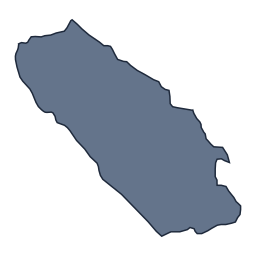 map outline of West Bosnia (orthographic projection)
{"feature_id": "BIH-2224", "entity_name": "West Bosnia", "entity_type": "Canton", "adm_level": 1, "iso_a3": "BIH", "parent_name": "Bosnia and Herzegovina", "parent_adm1": "", "projection": "orthographic", "projection_center": [16.924, 43.992], "detail": "fine", "context": "isolated", "style": "filled", "palette": "slate", "viewbox_px": 256, "rotation_deg": 0, "n_neighbors": 0, "source": "natural_earth", "source_scale": "10m", "svg_char_len": 1699}
<svg xmlns="http://www.w3.org/2000/svg" viewBox="0 0 256 256"><path d="M46.9,112.4L45.1,112.2L43.5,111.3L41.6,109.8L38.4,106.6L36.0,102.4L32.3,93.3L29.9,89.0L22.7,81.1L20.0,77.1L17.0,67.0L15.5,59.7L15.4,56.2L15.9,53.7L17.6,49.9L18.2,48.0L18.7,44.1L18.6,43.9L19.6,43.4L21.5,42.6L25.7,43.2L27.7,42.3L28.8,40.2L31.2,36.8L35.2,36.5L41.2,36.9L44.9,35.7L50.6,35.1L56.2,33.0L64.3,31.2L67.0,27.8L70.8,20.7L72.1,19.8L77.2,24.2L81.9,28.9L89.0,35.0L99.3,42.0L103.8,45.7L107.8,45.7L110.5,46.4L112.4,49.4L114.5,53.7L117.6,59.4L123.5,61.4L126.7,61.7L130.5,65.4L137.2,70.4L145.8,75.1L153.6,79.7L158.7,81.7L161.3,86.7L165.1,89.4L169.0,90.4L169.9,96.4L170.2,103.7L172.6,106.7L177.2,107.7L192.7,110.3L192.8,110.2L193.8,113.3L196.7,118.5L199.8,121.9L201.0,124.4L201.2,127.5L203.2,131.1L203.7,132.1L205.2,133.9L206.1,138.8L207.9,140.7L210.8,144.1L213.7,146.8L218.0,147.1L222.6,147.4L227.3,154.8L228.3,158.4L228.5,159.1L229.4,162.5L224.5,160.6L221.4,158.8L217.1,159.2L216.6,160.3L215.6,162.8L215.3,167.4L215.2,169.0L215.2,173.6L215.2,176.7L217.0,180.1L217.0,182.9L217.1,185.3L218.8,185.3L221.3,185.3L226.0,186.5L228.7,191.1L233.9,197.6L236.1,201.6L238.1,203.4L240.6,205.9L240.6,207.2L240.6,209.6L240.0,214.5L237.6,217.6L235.4,222.0L231.6,223.2L225.8,224.5L221.1,224.5L217.3,225.2L211.7,228.3L207.7,230.8L201.7,233.6L197.2,233.6L195.2,231.4L194.1,228.7L190.0,227.5L187.4,229.6L179.8,231.8L171.0,231.8L169.4,232.5L161.7,236.2L156.3,231.3L148.1,221.7L121.5,194.3L102.8,179.3L100.4,175.4L99.0,170.5L98.4,166.6L97.1,163.2L90.2,156.7L84.8,149.1L76.6,140.5L71.8,133.4L70.0,130.7L67.4,127.6L64.5,125.3L57.2,122.6L55.8,119.9L55.1,116.4L52.9,112.8L51.3,112.1L46.9,112.4Z" fill="#64748b" stroke="#1e293b" stroke-width="1.5"/></svg>